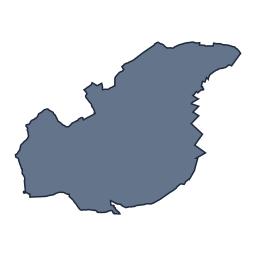 the district of Budacu De Jos, Bistrita-Nasaud, Romania
{"feature_id": "2599482B65298316448597", "entity_name": "Budacu De Jos", "entity_type": "district", "adm_level": 2, "iso_a3": "ROU", "parent_name": "Romania", "parent_adm1": "Bistrita-Nasaud", "projection": "robinson", "projection_center": [24.519, 47.087], "detail": "fine", "context": "isolated", "style": "filled", "palette": "slate", "viewbox_px": 256, "rotation_deg": 0, "n_neighbors": 0, "source": "geoboundaries", "source_scale": "gbopen_adm2", "svg_char_len": 5652}
<svg xmlns="http://www.w3.org/2000/svg" viewBox="0 0 256 256"><path d="M194.4,170.6L195.4,166.6L197.7,158.5L196.2,158.2L205.5,152.9L194.7,145.1L202.5,134.2L191.2,123.6L198.8,115.8L193.2,112.2L192.9,112.1L198.7,106.3L191.4,103.8L191.9,102.7L198.4,98.9L196.6,98.0L194.4,96.6L192.8,95.3L194.1,94.5L195.4,93.0L195.3,92.9L196.5,91.6L197.8,92.8L199.8,91.1L200.0,91.0L201.3,89.7L202.3,90.1L203.4,89.8L203.5,89.7L203.6,89.1L202.9,88.9L203.0,88.3L202.9,88.0L202.6,87.5L202.6,87.1L202.5,86.8L201.4,86.6L201.5,85.5L201.6,85.3L202.4,81.4L204.9,82.0L206.5,77.6L208.2,79.3L208.2,79.0L208.8,77.0L209.4,75.6L209.7,75.1L210.1,74.7L210.5,74.2L210.8,74.0L214.2,71.5L216.6,70.0L217.2,70.0L218.1,69.5L218.8,68.9L219.5,68.6L220.5,68.5L221.5,68.4L222.7,68.3L223.6,67.9L225.4,67.5L226.4,66.9L228.9,64.8L231.6,65.8L239.7,54.6L240.6,53.5L240.1,52.6L239.4,51.7L238.5,50.4L237.2,49.0L236.2,48.6L235.4,47.7L235.0,47.3L234.3,46.9L233.7,46.7L233.0,46.7L232.6,46.6L231.6,46.2L231.2,46.2L229.2,45.4L226.8,45.0L223.0,44.7L221.5,44.2L220.4,43.7L216.5,43.7L214.8,43.3L213.6,43.2L213.6,44.2L213.3,44.8L213.3,45.3L213.1,45.9L211.0,46.0L208.0,45.9L207.4,46.0L207.2,46.2L206.1,46.2L205.3,45.7L204.3,45.3L203.0,45.3L201.3,45.1L199.5,45.1L199.7,42.7L199.3,42.7L198.5,42.9L197.1,43.0L195.6,42.9L193.9,42.3L193.1,42.1L192.2,42.1L185.6,43.0L184.5,43.3L180.6,44.5L179.5,44.7L175.6,46.5L174.7,46.9L174.0,47.5L173.3,47.9L172.7,48.2L172.0,48.2L171.2,47.9L170.5,47.8L168.7,48.0L167.8,47.9L167.4,48.1L165.8,47.3L163.9,45.3L162.3,44.2L161.9,44.0L160.5,43.8L160.2,43.5L159.8,43.4L158.8,42.6L158.3,42.4L157.9,42.3L156.9,42.6L155.9,43.4L155.5,43.4L154.6,44.2L154.6,44.8L143.3,52.5L137.3,57.1L133.2,60.3L131.9,60.9L131.2,61.2L129.9,61.9L129.3,62.0L127.9,62.9L126.3,63.3L125.0,63.9L124.9,64.1L124.1,64.5L124.1,64.8L123.5,65.3L123.3,65.5L122.2,66.3L121.9,66.6L122.1,67.0L122.4,66.9L122.3,67.2L122.3,67.5L122.7,68.2L123.1,68.6L123.8,69.2L123.1,70.2L122.7,70.9L120.0,72.1L118.9,72.9L116.4,75.8L115.2,77.4L115.0,77.9L115.2,78.1L114.7,79.8L114.9,80.5L114.8,82.4L114.9,83.3L114.8,84.4L114.8,85.8L114.0,85.9L112.3,87.2L110.8,87.6L108.7,89.0L108.1,89.3L107.3,89.4L105.6,89.2L104.9,89.3L102.6,89.7L102.4,86.1L101.7,83.3L97.1,85.7L92.2,82.7L91.1,84.9L88.4,86.9L87.2,87.5L85.6,88.8L84.0,89.8L85.8,91.8L86.1,92.2L86.8,93.4L86.9,93.9L86.7,94.4L85.9,95.2L85.9,95.5L85.6,96.0L85.7,96.6L86.0,97.4L86.5,98.2L87.3,99.1L88.3,100.4L89.6,102.2L90.9,103.5L91.3,104.1L91.6,104.9L91.7,106.2L91.9,106.6L92.6,107.4L93.0,107.9L94.2,110.4L94.8,112.5L94.5,112.6L95.0,113.6L93.9,114.0L92.4,115.1L91.5,115.5L89.8,116.5L88.0,117.3L83.5,119.9L82.9,118.1L82.6,118.2L82.4,117.7L81.7,117.5L81.4,117.6L78.9,118.9L78.5,119.2L78.3,119.5L78.2,119.8L77.8,120.2L77.8,120.4L77.8,120.5L76.4,120.9L75.4,121.6L73.1,122.7L72.2,123.0L71.5,123.8L71.1,124.4L69.3,126.1L68.5,126.7L67.2,126.8L66.3,126.8L65.7,126.5L65.3,126.3L64.9,125.8L63.8,125.3L63.3,125.0L62.6,124.9L61.9,124.0L60.1,122.4L58.2,121.2L57.6,120.3L57.2,119.3L57.1,118.9L56.2,117.2L55.2,115.2L55.0,114.9L54.5,114.5L53.8,113.9L53.4,113.4L53.2,112.6L52.7,112.1L49.0,110.1L48.2,109.3L48.0,109.0L46.7,109.1L46.2,109.2L44.2,109.9L42.8,111.0L42.2,111.7L41.6,112.1L41.3,112.4L40.9,112.5L38.9,113.7L38.3,114.5L37.8,116.0L37.3,116.8L36.7,117.5L35.9,118.1L35.1,118.5L34.8,119.0L31.5,120.5L30.3,122.1L29.7,123.7L29.3,124.0L28.3,124.4L27.8,124.4L27.3,124.6L26.1,125.0L26.0,125.7L26.1,126.3L27.4,127.6L27.7,128.2L27.1,129.9L27.6,130.8L27.7,131.4L28.0,131.8L28.1,132.1L28.0,132.4L28.1,132.8L28.1,133.0L28.1,133.4L28.6,136.2L28.1,137.3L27.8,137.7L27.3,138.7L26.1,140.1L24.1,141.6L22.7,143.3L21.3,144.5L20.7,145.5L20.3,146.9L20.5,147.2L20.5,147.7L19.9,148.7L19.9,149.2L19.8,150.0L19.4,150.6L19.0,150.8L18.3,151.8L17.7,152.6L17.5,153.4L16.9,153.8L16.3,154.3L15.4,154.8L15.6,155.4L15.6,156.3L15.8,156.9L16.0,157.3L16.3,157.4L17.9,158.1L18.1,158.4L18.6,159.3L18.8,160.0L18.7,160.3L19.3,162.3L20.2,164.8L21.1,167.2L21.6,169.0L22.3,169.1L22.2,170.0L22.2,172.1L22.1,172.6L22.1,173.0L22.6,174.2L22.9,174.3L24.4,177.0L24.8,178.2L24.9,178.6L24.8,179.2L24.5,180.2L24.4,181.6L24.5,181.8L24.9,186.2L25.3,190.4L25.4,191.4L25.2,191.9L24.7,191.7L24.3,191.4L24.1,191.4L23.6,191.5L23.6,192.3L23.5,192.5L23.6,192.9L24.2,193.1L25.0,193.0L25.2,192.9L25.6,192.9L26.2,192.8L26.4,192.6L26.9,192.8L27.4,193.0L28.2,193.7L28.9,194.1L29.8,194.0L29.9,197.1L42.1,196.6L45.6,196.4L46.9,196.2L48.3,195.7L49.8,195.4L51.1,195.2L51.6,194.9L52.9,194.9L53.9,194.6L55.9,193.4L57.9,192.6L60.1,192.2L61.1,192.4L63.2,192.3L67.4,194.2L69.3,194.3L69.2,196.5L73.0,200.0L74.6,202.4L76.3,204.4L79.3,208.8L80.6,209.9L82.1,210.1L83.8,209.8L85.9,210.0L87.2,209.7L88.7,209.6L92.5,210.1L93.2,210.3L94.9,210.4L95.6,210.3L96.8,211.4L97.4,212.3L101.4,212.5L102.5,212.4L103.6,212.4L105.3,212.3L108.1,211.4L109.1,210.9L110.8,210.5L111.3,210.5L111.7,210.7L112.5,211.0L112.7,211.3L112.8,212.1L113.0,212.7L113.3,213.0L114.1,213.0L114.1,213.7L119.9,213.9L119.8,213.4L119.1,212.6L119.0,212.3L115.5,209.3L115.3,208.0L114.7,207.5L114.4,207.6L114.0,207.2L113.9,206.6L114.1,205.8L113.2,205.6L113.2,205.4L111.5,205.3L111.0,205.1L110.9,204.9L110.5,200.6L113.2,201.9L115.4,203.2L115.8,203.4L116.2,203.3L116.5,203.6L117.3,204.0L120.4,204.3L121.0,204.4L121.2,204.9L121.4,205.3L123.6,206.6L124.8,207.1L125.8,207.6L127.2,207.3L128.1,207.2L129.1,206.7L131.1,206.9L134.4,206.4L136.6,205.5L144.6,204.5L146.6,203.7L150.5,203.9L151.5,203.8L154.1,202.7L160.1,199.3L170.4,192.1L171.4,191.6L172.9,190.6L174.8,189.2L176.2,188.2L176.5,187.5L176.9,187.0L177.6,186.3L178.5,185.5L179.4,184.8L180.1,184.3L181.3,183.8L182.9,184.2L184.1,184.4L185.0,183.0L185.5,181.9L186.5,181.0L187.5,180.3L188.6,179.3L189.1,179.6L190.4,177.6L194.4,170.6Z" fill="#64748b" stroke="#1e293b" stroke-width="1.5"/></svg>